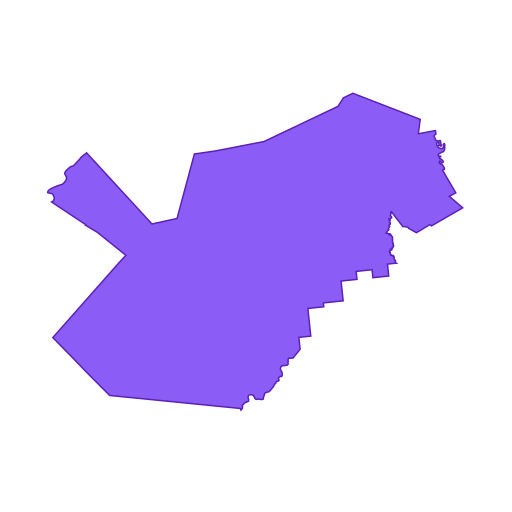 Anáhuac, Nuevo León, Mexico, rotated 264°
{"feature_id": "50627088B57971111763522", "entity_name": "Anáhuac", "entity_type": "district", "adm_level": 2, "iso_a3": "MEX", "parent_name": "Mexico", "parent_adm1": "Nuevo León", "projection": "orthographic", "projection_center": [-100.048, 27.323], "detail": "fine", "context": "isolated", "style": "filled", "palette": "violet", "viewbox_px": 512, "rotation_deg": 264, "n_neighbors": 0, "source": "geoboundaries", "source_scale": "gbopen_adm2", "svg_char_len": 5883}
<svg xmlns="http://www.w3.org/2000/svg" viewBox="0 0 512 512"><g transform="rotate(264 256 256)"><path d="M104.3,224.9L105.0,225.8L105.3,226.0L106.2,226.7L106.6,226.7L107.4,226.9L108.7,226.8L109.1,226.9L109.3,227.1L109.4,227.4L109.9,228.1L110.2,228.4L110.8,228.9L111.1,229.4L111.5,230.3L111.4,230.6L111.4,230.8L112.1,232.4L112.2,233.1L112.6,233.5L113.9,233.7L114.9,233.6L115.5,233.3L116.2,233.4L116.9,233.4L118.1,234.1L118.5,234.5L118.6,235.5L118.4,237.3L117.5,238.8L117.0,239.1L115.8,239.6L114.6,240.0L114.1,240.3L113.5,240.9L113.4,241.2L113.4,242.0L113.3,243.0L113.5,243.6L112.6,246.4L112.7,247.3L112.9,248.2L113.1,248.4L113.6,248.5L114.8,248.6L116.0,249.4L118.2,250.2L118.8,250.7L119.1,251.4L119.2,252.0L119.5,253.5L119.6,254.5L120.1,255.0L120.3,255.6L121.0,256.5L121.8,257.1L123.2,258.7L126.2,261.0L126.9,261.7L127.2,261.9L127.4,262.4L128.0,262.6L128.3,262.6L128.6,262.7L129.0,263.3L129.0,263.6L129.3,265.2L129.9,265.9L130.1,266.0L130.3,266.0L130.8,265.6L131.4,265.4L132.4,265.8L132.9,266.6L133.7,267.4L133.8,268.0L133.5,268.8L133.7,269.1L134.1,269.3L134.7,269.7L135.7,269.6L136.8,269.8L137.1,269.8L137.7,269.7L138.0,269.3L138.6,269.3L139.5,269.0L140.1,268.6L140.4,268.4L141.8,268.6L143.3,269.2L143.5,269.9L144.0,270.4L144.3,271.1L144.2,271.3L144.2,271.8L144.0,272.2L143.9,272.7L144.2,273.3L144.1,274.6L144.2,275.3L144.3,275.4L144.2,275.5L144.7,276.3L145.4,276.7L147.0,276.6L147.6,277.1L148.4,276.9L150.0,277.2L150.7,277.6L150.9,277.8L151.0,278.3L150.7,278.7L150.8,279.6L150.7,281.9L150.6,282.0L158.6,290.1L170.6,290.1L170.6,302.1L198.4,302.1L198.4,318.1L202.3,318.1L202.3,338.0L222.2,338.0L222.2,338.7L222.2,354.0L230.2,354.0L230.2,370.0L222.2,370.0L222.2,385.9L234.2,385.9L234.2,394.9L235.0,394.0L235.5,393.9L235.9,394.2L236.6,394.2L236.9,393.6L237.1,393.6L237.5,393.8L237.9,393.5L238.2,393.5L238.7,393.1L239.0,392.9L239.8,392.9L240.3,393.4L240.8,393.2L241.4,392.5L241.8,392.8L242.0,392.6L241.9,392.2L242.1,392.1L241.9,391.9L242.0,391.6L242.4,391.4L242.9,390.9L243.0,390.6L242.6,390.5L242.7,390.1L244.2,389.7L244.5,389.7L244.8,390.0L245.4,389.9L245.5,389.8L245.3,389.5L245.3,389.4L246.4,389.2L246.9,389.3L246.8,389.7L247.7,390.1L247.7,390.3L247.1,390.5L248.0,390.6L248.0,390.8L248.4,390.4L248.5,390.4L248.6,390.7L248.8,390.6L248.8,391.2L248.4,391.2L248.6,391.5L248.6,392.0L249.0,392.2L249.9,392.2L250.0,392.4L249.8,392.6L250.2,392.8L250.4,393.1L250.8,393.5L251.1,393.5L251.6,393.7L251.8,394.0L252.0,393.9L252.3,393.6L253.0,393.7L253.6,393.8L253.7,393.6L253.7,393.3L253.9,393.3L254.0,393.5L254.4,393.5L255.0,393.2L255.4,393.5L255.9,393.2L256.4,393.3L256.8,393.2L257.0,393.4L257.9,393.6L258.1,393.6L258.6,393.4L259.0,393.6L260.7,393.7L260.9,393.4L261.2,393.4L262.3,392.4L263.1,392.4L263.7,392.1L263.8,391.6L264.0,391.3L263.7,391.2L263.3,391.4L263.0,391.4L262.9,391.3L263.0,391.0L263.4,390.6L264.1,390.5L264.7,389.2L265.2,388.5L265.1,388.1L265.1,387.9L265.5,388.0L265.6,388.5L265.8,388.7L267.1,389.1L267.2,389.6L267.7,390.0L267.8,390.4L268.1,390.7L268.5,390.9L268.6,390.7L269.0,390.6L269.9,390.8L270.6,391.3L271.1,392.0L271.3,392.0L272.0,391.4L272.4,391.4L272.8,391.7L272.9,392.0L273.5,392.0L273.5,392.5L273.7,392.9L274.8,393.1L275.7,392.7L276.2,392.1L276.3,392.1L276.8,392.3L277.1,392.6L277.1,392.9L277.3,393.1L277.6,393.0L277.9,393.1L277.9,392.9L278.6,392.1L278.8,392.0L279.1,392.0L279.3,392.2L279.3,393.1L279.6,393.9L279.6,394.4L279.9,394.9L281.0,394.9L281.4,394.6L282.0,393.9L282.8,394.0L283.7,394.4L284.0,394.7L284.2,394.8L284.7,394.8L284.9,394.7L285.3,394.6L285.6,394.6L285.8,394.8L285.8,395.4L285.5,395.7L284.4,396.3L281.6,397.9L269.9,405.1L269.7,407.1L268.7,410.2L268.0,410.5L267.4,410.9L262.4,418.0L269.1,432.3L267.6,433.6L282.3,466.6L295.2,454.5L297.9,461.3L321.6,450.6L322.2,450.9L322.3,451.1L322.4,451.5L322.3,452.0L322.4,452.3L323.0,452.6L323.9,452.4L325.7,451.8L326.4,451.2L327.2,450.9L327.5,450.4L327.9,449.5L328.6,448.8L328.9,448.4L329.4,448.0L330.0,448.0L330.3,448.1L331.2,448.7L331.3,448.8L330.9,449.2L329.3,450.2L329.2,450.5L329.3,451.1L329.6,451.5L329.8,451.7L330.0,452.2L331.3,451.7L331.8,451.4L333.3,449.9L333.4,449.6L333.5,449.1L333.6,448.9L334.2,448.8L334.8,448.5L335.2,448.7L335.4,449.0L335.3,450.0L335.5,450.2L335.8,450.1L336.2,449.2L336.0,448.5L336.1,448.3L336.6,447.8L337.5,447.8L337.9,448.0L338.6,448.9L340.0,452.2L339.9,452.3L340.1,453.0L340.5,453.7L342.1,454.7L343.3,454.8L344.3,455.1L345.6,455.1L345.8,455.2L346.0,455.0L347.2,455.4L348.1,454.9L348.0,454.6L347.9,454.3L347.3,453.9L346.9,453.8L346.5,453.8L345.6,453.9L345.0,453.9L344.3,453.3L343.8,453.2L343.5,452.8L343.5,452.0L343.4,451.6L343.4,451.3L344.2,449.8L344.2,449.5L344.7,448.9L345.1,448.5L345.5,448.4L346.6,448.6L346.7,448.4L346.6,447.9L346.8,447.5L347.5,447.4L347.7,447.5L348.3,447.3L349.1,447.3L349.4,447.5L349.6,447.7L349.8,448.9L349.6,449.4L349.2,449.7L347.9,449.6L347.0,449.9L346.6,450.2L345.9,451.2L346.0,451.6L346.2,451.8L347.5,451.8L348.6,451.4L349.7,451.6L351.1,451.5L351.4,451.4L351.6,451.2L351.6,450.7L351.3,449.7L351.5,448.8L351.5,448.2L351.7,447.8L352.3,447.1L352.7,446.9L355.1,446.1L356.2,445.6L356.8,445.6L357.5,446.2L358.3,447.5L358.7,447.7L360.7,447.7L361.8,447.6L362.0,447.3L360.6,430.2L372.3,433.0L374.7,433.6L407.7,369.3L404.2,359.5L396.3,353.2L369.0,276.0L364.7,226.3L363.9,205.4L301.6,181.4L298.7,155.9L376.3,98.3L375.8,97.7L374.4,95.2L372.5,92.4L370.8,90.8L369.7,89.6L365.0,84.1L364.7,83.5L364.5,82.2L364.3,81.3L363.4,79.6L361.3,76.8L360.1,75.5L358.6,74.5L357.9,74.3L354.3,75.7L353.4,75.8L353.0,75.7L351.5,75.1L350.8,74.6L349.5,73.3L348.1,71.7L347.4,70.5L347.1,68.3L346.3,65.0L344.7,59.8L343.1,56.7L342.8,56.4L341.6,55.6L341.0,55.4L340.8,55.4L340.6,55.7L339.3,59.7L338.7,60.3L337.7,60.8L336.7,60.9L335.4,61.4L334.5,61.5L334.1,61.3L332.5,60.5L331.6,59.6L331.1,58.3L305.0,89.9L304.5,89.6L296.2,100.6L270.3,126.7L263.6,119.0L196.1,45.4L173.9,63.0L157.9,75.5L132.6,95.9L111.1,199.9L106.0,224.5L104.3,224.9Z" fill="#8b5cf6" stroke="#5b21b6" stroke-width="1.5"/></g></svg>